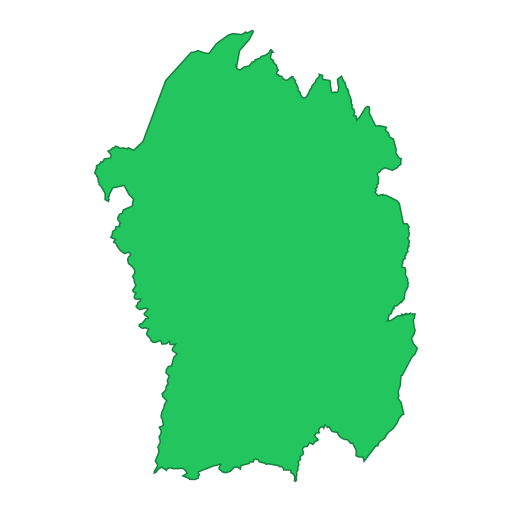 the district of Ullensaker nor, Akershus, Norway
{"feature_id": "86288312B44440966574319", "entity_name": "Ullensaker nor", "entity_type": "district", "adm_level": 2, "iso_a3": "NOR", "parent_name": "Norway", "parent_adm1": "Akershus", "projection": "mercator", "projection_center": [11.196, 60.154], "detail": "fine", "context": "isolated", "style": "filled", "palette": "green", "viewbox_px": 512, "rotation_deg": 0, "n_neighbors": 0, "source": "geoboundaries", "source_scale": "gbopen_adm2", "svg_char_len": 6024}
<svg xmlns="http://www.w3.org/2000/svg" viewBox="0 0 512 512"><path d="M154.2,473.1L155.9,472.3L158.5,469.0L161.7,467.1L166.4,470.4L167.5,468.4L170.2,467.7L173.2,468.7L183.1,468.4L185.8,470.8L187.1,473.4L182.8,475.9L189.0,478.4L189.5,479.3L194.9,479.5L198.1,478.2L198.3,476.4L199.5,474.7L198.3,473.1L198.4,471.8L213.3,466.0L220.5,464.2L220.9,464.5L219.0,467.9L219.2,469.2L223.0,472.2L226.2,472.7L230.5,471.2L234.4,467.1L237.9,467.2L240.4,469.1L241.0,465.5L249.1,463.5L250.2,461.8L253.0,462.1L254.3,459.4L255.1,459.0L258.1,459.8L259.4,461.9L264.9,463.2L266.1,464.4L268.3,463.8L278.8,465.7L279.6,466.8L281.7,466.5L283.1,467.9L283.8,470.0L290.0,470.0L291.0,470.8L290.9,472.6L293.7,474.4L294.8,477.1L294.4,480.7L295.6,481.3L296.5,479.8L296.1,477.2L296.8,475.2L296.5,472.0L298.0,469.8L297.7,467.2L298.8,465.2L298.2,461.5L300.5,459.5L300.0,456.5L302.5,454.9L303.5,453.3L302.5,449.6L302.7,448.2L304.3,446.8L307.4,446.4L309.6,442.5L312.9,444.5L315.2,441.5L317.9,440.3L318.0,439.4L314.4,435.9L316.2,433.0L319.4,432.8L318.7,431.3L319.0,429.2L320.5,427.1L322.8,426.9L323.8,428.1L324.7,425.1L326.8,426.2L327.4,427.5L328.9,426.7L332.0,431.4L337.6,432.6L338.5,435.1L340.4,437.2L344.1,439.3L347.8,439.8L350.5,443.3L352.6,443.1L356.2,450.2L356.1,455.7L358.4,456.9L363.0,457.1L364.1,461.3L375.9,445.8L377.7,445.9L379.2,442.0L384.6,438.3L386.0,435.5L388.6,432.2L393.3,428.4L397.3,422.6L398.9,418.6L402.1,414.9L403.8,414.2L401.2,402.8L398.0,398.2L398.9,395.5L398.0,391.8L400.3,385.5L400.9,375.8L402.3,375.3L411.6,357.5L415.2,353.7L417.3,348.2L413.6,344.1L411.5,338.5L414.0,334.2L415.1,330.3L414.0,326.7L413.3,319.1L414.3,318.4L415.0,313.9L411.3,314.1L410.6,313.1L407.9,314.4L406.2,313.4L405.4,313.7L405.8,314.7L402.8,314.6L402.7,315.3L401.8,314.3L401.4,315.5L397.5,316.0L390.7,320.6L387.8,320.8L388.4,320.4L388.2,318.0L389.0,315.8L388.7,315.0L391.3,313.5L392.5,309.6L394.2,308.2L393.5,307.8L394.4,306.0L397.0,305.8L400.7,302.0L401.2,302.6L404.1,299.0L405.0,292.5L408.1,286.3L407.8,284.4L408.4,283.1L407.5,281.0L407.7,279.0L405.4,275.1L405.7,270.1L405.2,268.0L402.0,267.1L401.8,264.8L402.8,263.4L402.5,261.4L403.3,260.7L403.2,259.5L405.1,258.8L404.8,256.4L406.0,255.4L405.7,253.7L408.0,251.7L407.3,249.0L408.2,247.8L408.0,246.4L409.1,246.1L408.5,244.2L409.3,243.3L409.0,242.3L409.5,241.1L407.5,238.4L408.7,236.4L409.4,233.4L408.7,231.8L408.5,228.4L409.2,227.3L407.3,223.9L403.4,223.6L399.3,203.4L396.7,200.6L385.9,195.2L382.9,195.4L382.9,194.4L378.0,195.7L375.0,192.3L376.2,190.7L375.5,188.9L377.2,187.4L376.8,185.1L378.2,183.8L378.6,177.7L377.3,175.0L377.6,173.3L380.3,171.5L380.9,169.8L385.1,167.8L392.5,170.3L397.6,167.5L398.1,166.2L400.9,164.3L400.6,162.4L401.2,158.7L399.2,158.1L396.2,153.8L395.8,152.3L396.2,149.6L393.4,139.0L389.8,137.3L388.3,132.8L385.4,130.3L386.4,127.3L380.4,125.8L375.6,126.0L369.7,114.0L369.3,112.6L369.6,109.6L369.2,106.9L367.6,106.4L365.4,107.8L359.8,117.0L356.7,120.1L356.1,116.0L353.5,115.7L354.7,112.4L353.7,109.1L352.8,109.1L351.9,107.2L352.2,104.9L351.7,104.5L351.1,101.7L351.5,100.7L348.8,93.6L348.2,91.5L348.5,91.2L347.6,89.9L347.8,89.1L346.5,88.1L344.9,82.6L343.6,81.0L341.5,76.1L337.5,79.4L337.9,84.2L338.7,86.1L338.2,90.9L337.1,92.5L335.0,92.0L332.4,92.8L331.5,91.9L330.1,83.6L330.5,82.5L329.8,80.5L323.1,79.5L322.5,78.4L322.6,75.4L319.1,74.3L319.4,76.6L316.5,79.3L315.2,82.2L311.7,86.3L311.5,88.1L309.9,89.7L308.1,94.1L306.3,96.9L304.5,98.2L302.6,97.7L300.4,94.3L299.9,91.8L298.3,90.8L297.9,87.5L296.2,83.5L295.1,82.7L295.0,81.3L295.5,80.7L293.1,78.0L293.1,76.9L291.9,76.5L287.2,80.2L285.4,80.2L282.3,78.0L281.8,76.2L279.2,76.2L278.9,75.1L276.7,74.2L276.8,72.2L278.4,70.0L277.4,69.3L276.5,65.3L273.2,62.2L273.6,60.7L271.2,59.1L270.4,57.5L271.6,52.0L273.1,52.2L271.4,49.9L270.5,49.7L268.8,52.9L266.0,55.0L261.3,56.4L260.0,58.0L255.1,59.9L254.2,61.9L252.2,62.0L249.2,66.0L244.5,66.8L239.9,70.0L236.8,68.7L236.9,66.7L236.2,66.8L235.9,64.9L236.9,64.9L239.6,50.6L249.1,39.7L253.1,32.1L253.2,31.1L252.0,30.7L247.2,33.1L245.7,32.0L241.8,34.6L232.7,33.6L227.8,35.4L216.3,43.8L209.1,53.4L205.1,53.2L197.9,50.6L194.6,52.1L191.3,52.3L165.7,80.5L143.0,141.5L133.6,150.4L128.3,147.7L127.3,148.8L123.1,147.9L119.7,148.4L117.9,146.8L115.4,146.2L114.2,147.8L112.5,148.0L110.9,149.9L108.0,151.1L111.0,154.6L111.0,156.6L110.3,158.0L104.3,159.0L102.6,162.2L100.9,161.9L99.4,164.5L96.7,165.6L96.3,166.9L97.0,168.7L96.0,169.1L94.7,173.1L96.8,175.3L96.7,176.1L97.9,177.7L98.3,181.7L99.1,182.7L99.2,184.7L101.0,186.2L105.2,193.5L105.1,199.6L108.4,201.4L109.1,199.5L108.2,197.1L109.1,196.3L109.3,194.5L112.7,187.9L124.2,185.4L129.1,194.7L133.8,199.3L132.7,201.8L132.6,205.2L131.9,206.2L123.3,209.9L122.3,213.3L119.5,214.3L117.6,218.3L118.2,220.4L120.6,223.0L119.6,223.8L119.3,225.2L119.7,226.2L115.9,226.9L115.7,228.9L115.0,229.9L112.6,231.5L112.3,234.6L110.8,237.4L115.6,239.4L113.7,241.6L113.7,242.3L116.0,243.2L116.7,245.4L120.3,250.5L124.4,253.6L128.7,252.2L130.5,253.9L130.3,255.5L128.7,256.8L127.6,259.4L128.5,263.5L132.2,266.5L134.1,269.1L134.8,271.3L134.7,273.2L132.5,276.5L134.1,279.1L134.4,282.2L135.9,285.3L132.7,290.5L133.2,291.7L135.8,293.3L134.4,296.0L134.3,297.8L135.7,299.2L140.7,299.0L140.2,301.1L138.0,302.6L137.5,304.6L136.2,305.9L136.3,307.1L139.7,309.6L146.2,308.0L148.1,309.1L144.1,313.7L144.9,315.3L147.7,317.0L148.2,318.3L145.9,318.6L142.1,323.5L140.0,324.0L139.1,325.2L139.2,326.2L142.3,328.3L145.8,327.8L148.6,329.1L146.7,333.4L147.0,335.0L150.0,338.1L151.1,340.7L153.1,342.3L155.8,342.3L160.1,340.5L161.0,341.2L162.0,344.1L166.6,343.7L169.1,341.3L169.8,341.8L169.9,344.0L170.8,344.7L175.5,344.2L172.8,348.1L172.3,350.6L177.1,353.9L173.9,357.2L171.6,365.7L168.3,366.6L166.4,369.7L165.9,372.8L169.3,375.9L167.3,380.5L168.0,383.8L166.3,386.4L165.7,390.1L162.1,393.8L162.7,396.5L166.9,400.9L164.5,404.3L164.0,407.6L162.1,411.5L161.1,415.6L161.1,416.9L162.6,420.3L163.4,425.5L159.3,427.2L161.3,431.0L160.7,434.4L159.0,437.0L160.2,440.8L160.2,442.4L157.9,447.0L158.8,450.1L158.8,452.4L155.3,461.1L157.5,464.5L157.5,466.0L154.4,471.3L154.2,473.1Z" fill="#22c55e" stroke="#15803d" stroke-width="1.5"/></svg>